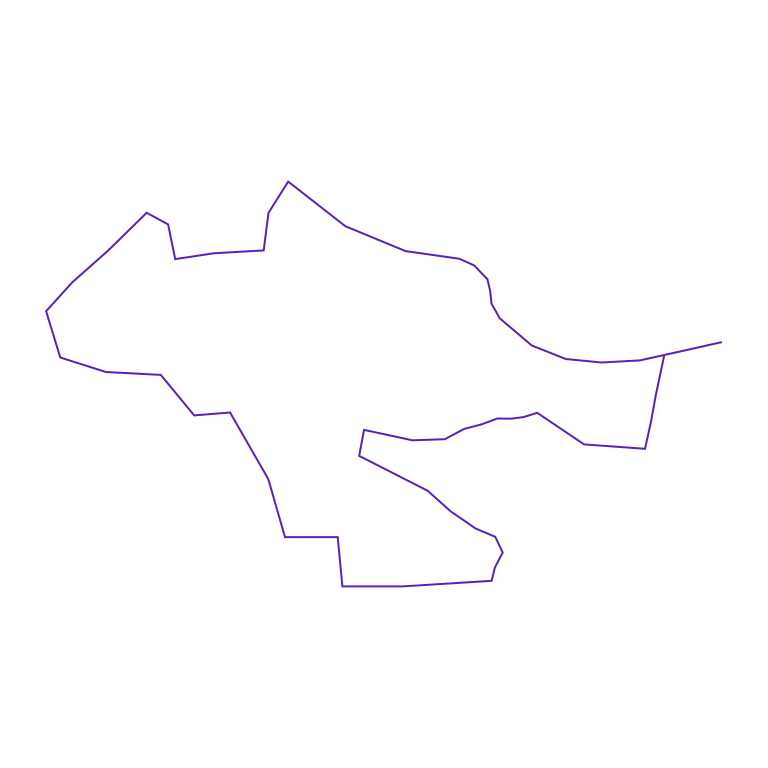 Nauksenu, Equal Earth projection
{"feature_id": "LVA-5792", "entity_name": "Nauksenu", "entity_type": "Municipality", "adm_level": 1, "iso_a3": "LVA", "parent_name": "Latvia", "parent_adm1": "", "projection": "equal_earth", "projection_center": [25.495, 57.899], "detail": "fine", "context": "isolated", "style": "outline", "palette": "violet", "viewbox_px": 768, "rotation_deg": 0, "n_neighbors": 0, "source": "natural_earth", "source_scale": "10m", "svg_char_len": 808}
<svg xmlns="http://www.w3.org/2000/svg" viewBox="0 0 768 768"><path d="M489.8,289.4L490.2,291.3L491.5,303.6L499.7,318.3L531.9,345.6L565.7,359.0L601.7,362.5L639.9,360.4L721.9,342.1L664.3,355.0L655.8,395.1L651.1,421.2L645.0,448.8L584.1,444.4L537.2,412.8L523.9,417.0L511.4,418.7L497.2,418.5L481.8,424.3L464.2,428.9L444.8,439.2L412.5,440.3L364.0,429.9L359.2,455.9L427.7,490.8L450.5,511.2L475.4,528.4L495.3,536.9L502.7,552.6L494.9,567.5L491.6,580.8L402.3,586.4L342.4,586.4L337.7,537.1L285.0,537.1L268.3,479.1L230.1,412.5L194.2,415.4L160.8,374.9L105.8,372.0L60.3,357.5L46.1,311.2L72.4,282.2L108.3,250.4L146.6,212.8L168.1,224.4L175.2,259.1L213.5,253.3L263.7,250.4L268.5,212.8L288.2,181.6L345.3,226.2L405.5,251.1L459.5,258.8L474.3,265.5L487.4,279.3L489.8,289.4Z" fill="none" stroke="#5b21b6" stroke-width="2"/></svg>